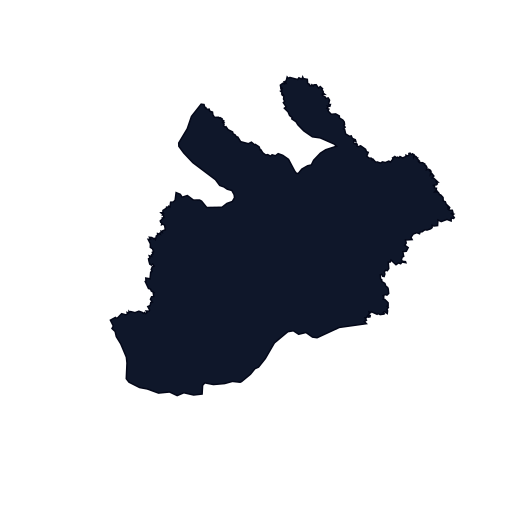 the district of Tha Khantho, Kalasin, Thailand, rotated 129°
{"feature_id": "78962969B25988571892080", "entity_name": "Tha Khantho", "entity_type": "district", "adm_level": 2, "iso_a3": "THA", "parent_name": "Thailand", "parent_adm1": "Kalasin", "projection": "equal_earth", "projection_center": [103.183, 16.877], "detail": "fine", "context": "isolated", "style": "filled", "palette": "ink", "viewbox_px": 512, "rotation_deg": 129, "n_neighbors": 0, "source": "geoboundaries", "source_scale": "gbopen_adm2", "svg_char_len": 6034}
<svg xmlns="http://www.w3.org/2000/svg" viewBox="0 0 512 512"><g transform="rotate(129 256 256)"><path d="M171.0,391.7L172.5,394.2L188.1,394.0L200.4,389.5L216.8,387.2L219.3,385.0L221.4,377.0L223.2,363.8L222.2,335.5L224.0,328.6L222.5,324.4L222.2,320.4L220.3,316.0L222.1,311.6L224.2,309.4L228.5,308.7L233.4,311.7L239.5,313.1L249.3,324.8L247.6,332.8L248.0,335.1L251.9,339.8L252.2,347.4L256.8,350.4L255.7,353.6L257.0,358.0L263.5,354.0L266.1,354.2L267.9,356.2L271.9,353.8L272.2,355.1L272.9,354.7L274.3,356.3L275.3,355.7L279.1,357.0L280.9,355.6L281.6,356.4L281.4,355.4L282.2,356.2L282.2,354.4L283.0,354.4L282.5,353.6L284.1,351.7L285.5,352.8L286.1,352.0L289.0,352.5L289.8,351.2L289.5,350.1L291.1,349.1L290.1,348.7L289.5,346.5L292.7,343.0L296.1,344.9L296.6,344.1L296.7,345.2L297.3,344.5L298.8,345.1L299.4,344.0L300.5,346.7L302.2,345.3L303.0,346.1L306.6,344.5L306.4,346.3L307.1,346.3L307.2,348.6L308.5,350.6L309.4,348.5L310.9,350.4L313.0,345.7L315.8,343.6L315.5,341.0L317.1,338.3L318.4,338.9L319.2,337.4L320.9,337.9L322.0,336.8L323.0,339.1L324.1,337.2L325.8,337.8L327.4,335.9L329.2,333.4L328.9,331.5L327.3,331.3L328.0,328.9L329.7,329.8L332.5,328.9L333.2,327.1L334.8,327.7L340.4,324.0L342.5,327.8L344.5,325.9L345.5,326.1L348.9,319.1L348.1,317.1L349.1,315.4L348.7,312.1L349.6,312.4L351.8,309.9L353.4,311.5L356.1,310.8L357.0,307.5L358.4,308.5L361.1,307.1L363.4,308.3L364.9,304.7L366.2,304.4L367.9,306.8L368.6,305.1L370.3,305.5L370.1,307.1L371.5,307.3L371.4,308.9L372.6,312.3L376.2,314.4L378.1,318.5L379.2,319.1L379.0,319.9L380.4,319.0L381.0,320.6L381.8,319.4L383.6,320.1L385.4,324.1L391.2,324.6L392.4,325.6L392.2,326.6L397.5,328.8L400.2,322.8L403.0,322.3L403.3,318.0L406.6,313.8L409.4,305.8L416.2,293.1L420.4,288.9L433.0,279.6L434.0,275.3L431.5,263.7L427.8,256.9L423.9,245.5L416.1,237.6L414.1,229.4L407.7,226.0L403.3,217.0L397.2,211.0L390.1,216.1L386.8,215.9L382.7,208.2L374.9,200.1L368.3,195.4L364.1,188.9L362.8,188.2L351.3,185.9L344.2,185.9L340.8,184.1L329.9,184.2L312.0,187.0L294.8,183.6L290.6,179.9L290.0,173.6L284.0,169.0L283.5,161.1L281.1,157.1L259.1,146.3L239.1,127.6L238.7,130.6L236.5,129.7L235.4,132.4L234.6,131.4L232.5,131.6L232.9,130.3L231.6,129.1L230.3,129.8L231.1,131.7L229.2,131.7L228.3,133.0L227.9,131.2L226.7,131.3L225.1,125.2L224.0,125.1L223.4,122.6L220.7,120.1L220.1,119.9L219.7,121.6L218.3,121.0L218.1,117.8L215.7,119.3L215.3,120.5L212.5,120.9L212.5,122.5L211.5,122.0L209.2,123.9L208.7,128.8L209.6,130.0L207.3,130.9L206.9,132.3L204.6,131.2L204.0,129.6L201.6,129.3L198.4,132.5L197.6,133.9L197.8,136.0L196.2,138.6L196.7,142.4L195.4,143.1L195.3,144.9L192.4,147.6L191.1,146.9L192.0,144.8L191.3,143.5L188.9,144.5L187.6,146.3L185.4,146.3L184.8,144.7L182.2,144.9L177.6,149.3L176.2,147.9L174.2,148.5L174.7,141.7L171.7,140.9L171.0,138.7L168.8,138.7L166.9,135.3L166.3,136.3L167.9,138.8L167.6,140.5L164.9,141.7L163.3,141.0L160.3,144.6L157.7,142.2L153.7,143.0L154.0,147.2L151.4,147.4L149.5,149.9L145.0,145.0L144.0,147.3L140.0,147.6L136.7,145.7L135.8,142.9L134.0,143.6L132.6,142.1L129.4,141.3L128.2,139.4L125.0,137.4L123.1,137.0L121.3,138.5L120.8,136.7L118.1,134.0L113.5,137.3L112.7,133.7L107.4,130.6L106.0,126.4L103.6,128.2L102.5,126.1L101.4,126.0L100.5,129.2L99.0,128.7L99.7,130.7L98.4,130.2L96.9,132.2L98.7,134.4L98.7,136.4L97.9,137.1L98.0,135.5L96.4,136.0L96.0,140.9L94.7,143.0L95.4,145.1L92.8,147.5L92.3,150.9L92.8,152.0L91.8,154.3L93.9,157.6L92.1,157.4L91.6,156.3L91.1,157.8L89.8,158.4L90.9,160.1L89.6,161.0L89.4,162.5L87.0,160.5L85.8,160.5L85.0,162.4L84.1,161.2L83.7,166.5L84.4,168.2L81.9,168.1L81.2,171.6L82.9,171.7L80.8,173.0L80.6,174.4L79.9,173.7L79.6,175.0L80.1,176.8L81.8,177.8L79.6,178.9L78.8,181.0L79.2,182.2L78.3,182.6L78.6,185.2L80.5,187.5L80.3,189.1L79.4,188.7L79.0,191.8L78.1,192.1L78.9,193.2L78.1,193.7L78.1,194.9L78.9,195.5L78.5,196.0L80.0,195.7L78.0,197.4L78.1,198.7L79.5,199.1L79.1,201.0L80.1,201.7L81.1,200.7L82.7,200.9L83.3,202.9L84.2,202.1L87.5,203.7L88.1,206.7L89.8,206.7L90.1,208.2L91.2,208.7L91.3,210.7L92.3,210.6L93.0,211.8L92.9,211.0L93.8,211.6L94.4,210.6L98.5,210.6L98.6,212.5L102.0,214.3L103.3,217.0L105.4,217.7L106.6,221.0L107.8,221.9L107.1,226.2L108.2,226.3L107.4,227.9L108.7,229.6L108.8,232.7L104.8,234.0L105.4,235.8L104.1,238.0L104.5,244.1L106.6,245.2L107.1,246.5L105.5,247.7L105.5,249.2L106.2,249.0L106.8,250.5L106.4,251.6L104.9,252.5L104.1,250.5L103.1,252.0L104.0,255.1L102.7,257.6L104.1,258.6L104.7,263.2L102.0,266.6L102.2,268.1L99.8,267.8L99.1,270.3L98.0,270.0L96.3,271.8L95.7,274.1L96.2,278.1L94.7,279.4L95.4,283.5L98.5,286.7L97.9,291.5L96.0,291.8L96.6,293.8L94.8,293.8L94.5,294.8L93.2,292.8L91.5,293.5L92.2,294.2L92.0,295.4L88.6,296.9L87.7,299.4L89.7,300.9L88.9,302.2L89.4,305.5L88.5,306.3L87.1,304.4L87.1,306.6L86.1,307.0L85.1,309.6L84.1,309.6L83.9,312.7L86.2,313.1L85.0,317.0L86.5,318.7L87.9,318.6L87.7,320.4L89.3,320.3L89.9,321.6L88.9,322.4L89.4,324.4L86.4,327.3L88.3,330.8L87.5,332.4L89.8,331.6L90.5,334.8L92.6,334.7L95.9,342.0L97.6,342.9L97.3,344.4L100.8,342.8L102.1,343.3L102.8,341.7L103.3,343.6L104.3,342.3L105.0,343.9L107.9,344.6L109.5,342.7L108.9,341.9L109.4,340.9L110.0,341.1L110.0,342.5L111.3,340.0L112.4,340.6L112.5,338.7L114.0,337.9L113.4,336.6L114.5,336.5L114.1,335.0L116.7,333.4L117.7,331.0L119.6,331.3L121.1,326.4L123.3,327.0L123.8,321.8L125.7,318.3L125.6,314.9L126.9,314.5L126.5,309.3L127.7,306.0L128.7,297.6L127.9,287.2L123.8,280.4L119.8,265.7L120.0,262.5L129.5,268.7L135.5,270.7L145.3,271.5L150.4,270.3L153.4,272.7L159.6,275.1L165.3,275.1L166.3,276.7L165.7,279.2L160.4,291.6L160.9,298.6L162.5,303.2L165.9,304.0L167.2,307.2L169.3,307.6L169.8,310.7L171.4,312.0L171.5,315.7L170.4,319.0L170.9,319.3L169.2,322.4L169.7,326.8L170.5,327.2L170.4,331.2L173.5,332.6L176.8,339.9L175.0,345.1L175.7,346.2L175.0,348.6L175.5,350.6L174.3,352.3L175.4,357.2L174.4,360.7L175.3,361.0L175.2,363.2L173.6,363.8L173.2,365.8L172.4,365.2L172.4,366.1L171.3,366.0L171.5,368.1L170.7,368.7L171.1,371.0L171.9,371.1L171.8,372.5L174.4,375.5L173.4,378.4L171.5,380.4L172.5,382.8L171.4,385.0L172.3,385.3L173.0,388.0L172.2,388.4L172.6,389.6L171.0,391.7Z" fill="#0f172a" stroke="#020617" stroke-width="1.5"/></g></svg>